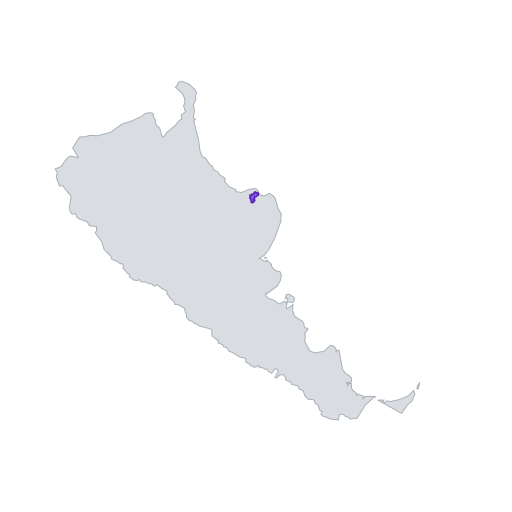 Chascomús, Buenos Aires, Argentina (highlighted), rotated 308°
{"feature_id": "61730980B62875315745131", "entity_name": "Chascomús", "entity_type": "district", "adm_level": 2, "iso_a3": "ARG", "parent_name": "Argentina", "parent_adm1": "Buenos Aires", "projection": "orthographic", "projection_center": [-57.761, -35.598], "detail": "fine", "context": "in_parent", "style": "filled", "palette": "violet", "viewbox_px": 512, "rotation_deg": 308, "n_neighbors": 0, "source": "geoboundaries", "source_scale": "gbopen_adm2", "svg_char_len": 5598}
<svg xmlns="http://www.w3.org/2000/svg" viewBox="0 0 512 512"><g transform="rotate(308 256 256)"><path d="M304.3,147.2L301.4,152.4L302.1,155.9L299.4,164.1L300.1,165.7L297.9,169.7L298.7,173.9L297.6,178.0L298.2,183.1L297.3,184.7L295.4,185.1L294.1,192.3L295.8,199.2L294.4,200.5L297.1,205.5L304.9,209.9L308.9,214.4L309.0,216.2L306.9,219.0L306.7,221.4L307.8,224.5L309.8,226.5L313.6,227.8L314.0,232.3L313.4,235.2L306.4,245.3L304.8,249.8L298.4,254.3L281.7,259.7L268.8,262.1L261.3,262.0L256.3,260.1L257.0,265.8L259.5,267.4L258.3,267.6L259.3,268.6L259.0,273.3L257.5,274.3L256.6,278.2L256.9,281.6L258.4,284.4L257.1,287.2L251.8,290.3L245.4,291.3L233.0,287.7L233.4,286.9L232.8,286.7L230.9,287.7L230.4,291.6L232.2,297.5L232.3,302.7L233.1,304.4L237.6,306.0L237.4,308.1L238.9,308.3L241.9,307.6L242.1,305.9L240.5,305.4L244.5,303.7L246.3,305.8L246.8,311.1L246.2,312.6L243.0,313.8L242.0,313.6L239.9,310.0L238.3,309.3L233.9,311.6L233.5,312.8L240.4,315.1L235.7,318.2L232.3,323.5L233.0,332.5L232.3,335.1L229.9,337.7L229.6,339.5L230.6,340.4L230.4,342.1L225.4,342.0L222.1,345.1L219.0,346.3L214.3,357.0L215.7,361.9L223.0,368.4L231.3,369.6L232.6,371.9L232.6,374.8L231.8,376.6L229.0,378.4L231.5,378.2L232.8,379.5L220.2,393.6L218.8,397.5L219.0,405.2L218.2,406.9L215.6,408.7L213.5,407.3L211.6,404.7L212.0,407.0L209.5,408.1L212.6,407.8L214.3,409.5L210.5,412.8L209.7,415.4L209.7,419.0L208.4,421.2L209.6,420.6L211.9,427.4L208.7,428.2L212.9,428.9L218.6,436.2L218.3,436.8L218.0,436.0L205.7,433.9L189.9,435.5L189.9,434.5L185.5,430.8L185.7,427.7L184.6,425.3L184.9,422.9L183.8,420.1L182.3,419.4L177.5,421.9L173.1,414.7L172.4,410.6L171.0,408.1L171.2,404.6L173.8,404.0L173.9,400.3L176.8,397.0L176.2,393.6L177.9,391.4L178.1,389.6L175.3,385.5L175.9,380.4L178.9,376.2L177.8,371.6L179.4,369.0L176.8,363.1L178.5,360.1L177.2,358.8L176.6,355.5L178.6,354.4L179.3,350.6L176.6,347.8L172.5,347.4L172.0,345.7L179.1,344.6L179.6,341.9L178.9,340.4L173.3,340.5L172.7,337.0L173.6,334.5L172.1,332.5L172.2,330.3L170.2,327.4L171.4,325.8L167.2,323.2L166.4,318.0L167.0,316.5L166.0,313.8L168.9,310.6L166.5,305.8L165.3,296.1L164.3,293.6L165.8,289.3L164.4,286.8L165.6,284.6L164.2,279.7L165.9,279.1L166.0,270.3L170.0,267.2L170.7,265.3L166.1,254.9L165.8,250.8L164.9,249.0L165.4,246.5L164.1,243.1L165.0,238.8L167.8,236.7L167.9,235.2L170.8,231.9L169.8,225.0L167.9,221.6L169.4,220.1L169.8,214.7L171.6,208.8L173.6,207.5L172.4,201.2L172.5,195.3L169.6,194.6L169.8,190.5L168.6,189.6L167.6,185.3L165.2,181.8L164.9,180.1L165.9,178.8L163.6,177.6L161.7,174.3L161.7,171.0L161.8,168.8L163.9,166.9L163.3,165.4L164.5,158.5L166.8,157.8L167.8,155.3L166.4,154.2L166.3,150.2L164.6,144.6L166.5,141.5L167.6,132.4L172.4,125.5L175.2,115.2L178.0,114.7L181.0,112.2L177.3,106.1L179.0,101.9L176.2,93.6L176.6,90.3L178.3,88.3L175.9,85.3L176.4,82.6L179.1,79.2L189.2,73.6L192.4,60.1L190.1,58.1L195.3,49.9L199.4,48.2L200.9,44.1L206.4,47.4L215.7,46.8L220.4,48.0L224.1,55.3L228.5,44.9L241.4,43.8L244.2,47.4L249.2,51.2L252.8,56.7L263.7,65.2L277.3,69.1L285.8,74.9L295.5,79.9L300.3,81.0L304.0,84.6L304.9,87.2L302.7,89.3L301.1,93.3L298.6,95.5L297.5,98.1L297.6,101.3L292.7,107.8L292.9,110.1L297.9,109.6L310.1,112.1L316.0,112.1L317.9,113.3L321.1,110.3L326.3,111.6L329.7,106.5L333.1,105.6L336.7,102.1L338.6,97.7L339.5,88.4L341.5,89.0L344.9,87.9L348.0,89.8L350.3,97.9L349.5,105.5L348.0,108.5L344.3,110.1L342.2,112.2L336.4,113.6L333.2,117.6L326.0,121.8L326.4,124.1L324.0,123.9L311.9,139.5L304.3,147.2ZM221.6,467.6L217.4,440.6L221.2,445.6L219.7,445.4L219.7,448.0L222.3,448.3L223.9,451.3L230.2,456.7L238.9,461.9L247.0,463.1L245.2,466.1L237.7,468.2L232.9,467.1L221.6,467.6ZM250.4,464.6L252.6,463.4L257.3,462.9L251.3,465.5L250.4,464.6ZM260.9,264.3L260.8,265.5L259.0,263.7L260.9,264.3Z" fill="#d9dde1" stroke="#a8b0b8" stroke-width="1"/><path d="M302.3,215.4L302.2,215.4L301.9,215.3L301.9,215.2L301.7,215.0L301.6,214.9L301.4,214.8L301.5,214.7L301.4,214.7L301.2,214.6L300.9,214.5L300.7,214.5L300.6,214.4L300.4,214.3L300.4,214.2L300.3,213.9L300.2,214.0L299.9,214.2L299.7,214.2L298.6,215.1L298.0,215.4L298.5,215.8L297.9,216.4L298.0,216.4L297.3,217.2L296.6,217.9L296.5,218.1L295.5,219.2L295.3,219.3L295.4,219.5L295.5,219.7L295.6,219.8L295.7,220.0L295.8,220.3L296.0,220.3L296.2,220.5L296.3,220.5L296.5,220.6L296.5,220.8L296.8,220.9L297.0,220.8L297.3,220.8L297.2,220.7L297.3,220.5L297.3,220.4L297.5,220.3L297.8,220.4L297.7,220.3L297.8,220.3L298.0,220.4L298.0,220.5L298.1,220.8L298.4,220.9L298.4,220.7L298.7,220.4L298.7,220.1L299.1,219.7L299.3,219.9L299.3,219.7L299.4,219.8L299.6,219.5L299.9,219.4L300.0,219.3L300.1,219.2L300.3,219.4L300.2,219.5L300.3,219.5L300.6,219.2L300.8,219.0L301.2,218.6L301.3,218.7L301.5,218.6L301.8,218.8L301.9,218.7L301.9,218.8L302.0,218.9L302.1,219.0L302.8,219.6L303.5,219.8L304.0,219.7L304.4,219.9L304.9,220.1L305.2,220.2L305.5,220.2L305.6,219.9L305.8,219.9L305.9,219.7L305.9,219.8L306.0,219.8L306.1,219.7L306.3,219.7L306.4,219.4L306.5,219.3L306.5,219.2L306.6,219.3L306.8,219.4L306.9,219.2L307.0,219.1L306.9,218.9L306.7,218.9L306.7,218.7L306.8,218.6L306.7,218.6L306.8,218.5L306.7,218.4L306.7,218.5L306.7,218.4L306.7,218.5L306.6,218.4L306.6,218.5L306.6,218.4L306.4,218.3L306.3,218.2L306.2,218.0L306.0,217.9L306.1,217.7L305.9,217.6L305.9,217.4L305.9,217.2L305.9,216.9L305.9,216.7L306.0,216.6L306.0,216.4L305.9,216.2L305.7,216.2L305.8,216.1L305.6,216.0L305.6,215.9L305.5,215.7L305.5,215.8L305.4,215.8L305.4,215.7L305.2,215.8L304.9,215.8L304.9,215.7L304.7,215.6L304.4,215.6L304.2,215.6L304.0,215.8L303.9,215.7L303.7,215.6L303.5,215.8L303.4,215.9L303.2,215.9L302.9,215.8L302.8,215.7L302.7,215.7L302.5,215.4L302.4,215.4L302.3,215.4Z" fill="#8b5cf6" stroke="#5b21b6" stroke-width="1.5"/></g></svg>